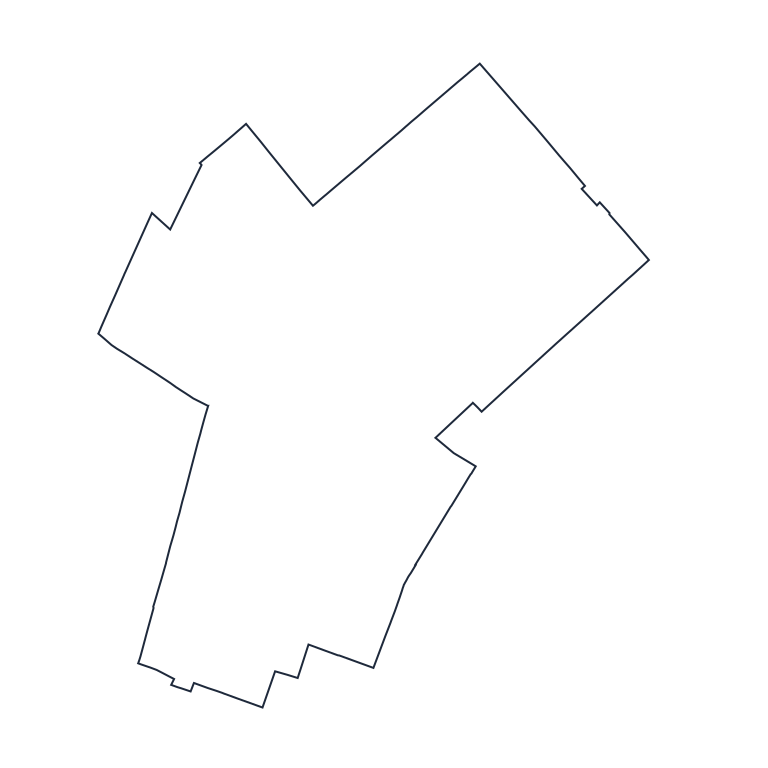 Bradeanu, Buzau, Romania (Albers equal-area conic projection), rotated 173°
{"feature_id": "2599482B91105412745830", "entity_name": "Bradeanu", "entity_type": "district", "adm_level": 2, "iso_a3": "ROU", "parent_name": "Romania", "parent_adm1": "Buzau", "projection": "albers", "projection_center": [26.862, 44.9], "detail": "fine", "context": "isolated", "style": "outline", "palette": "slate", "viewbox_px": 768, "rotation_deg": 173, "n_neighbors": 0, "source": "geoboundaries", "source_scale": "gbopen_adm2", "svg_char_len": 2873}
<svg xmlns="http://www.w3.org/2000/svg" viewBox="0 0 768 768"><g transform="rotate(173 384 384)"><path d="M539.9,625.8L539.2,624.9L538.4,623.6L538.6,623.3L547.0,610.4L577.4,563.4L593.5,582.0L599.0,573.0L625.9,528.6L626.8,527.1L628.2,524.9L629.0,523.4L629.5,522.6L640.1,504.7L646.7,493.8L650.6,487.1L657.7,475.1L660.9,469.5L661.4,468.8L660.0,467.3L656.4,463.4L651.5,457.9L650.6,456.9L649.6,455.8L644.7,451.5L638.1,446.3L630.4,439.8L624.8,435.2L617.2,428.9L610.9,423.8L607.4,420.8L605.8,419.4L603.0,417.0L596.2,411.2L590.8,406.2L589.8,405.4L586.4,402.5L582.4,399.2L575.4,393.2L574.9,392.8L561.3,383.7L561.2,383.7L564.8,375.6L568.1,367.7L571.2,360.1L572.3,357.2L575.9,348.7L580.9,336.0L584.2,327.7L594.5,301.6L598.5,292.0L600.5,286.8L602.7,281.0L606.2,272.8L608.2,267.5L611.4,259.5L613.3,255.1L616.0,248.9L622.1,233.3L622.2,232.7L625.2,225.7L628.8,217.2L633.2,207.1L638.2,195.5L640.2,191.0L640.0,189.9L640.4,188.8L649.2,167.4L651.7,161.2L652.5,159.1L652.9,158.2L653.1,157.7L654.5,154.2L656.6,149.0L659.0,143.1L660.5,139.8L660.9,139.0L661.1,138.6L661.7,137.4L661.8,137.0L662.0,136.7L659.5,135.4L652.3,131.9L650.6,131.1L644.5,127.9L639.8,124.7L633.0,120.0L628.3,116.8L631.9,111.3L625.8,108.2L622.6,106.8L613.4,102.4L609.1,110.4L595.9,103.7L587.6,99.8L581.7,96.9L581.3,96.6L566.8,89.2L544.0,77.7L527.1,112.1L515.3,107.1L505.5,102.7L504.7,104.4L504.2,105.5L501.8,110.6L490.7,134.6L475.7,126.9L462.8,120.3L461.5,120.0L429.1,103.5L413.3,133.8L406.7,146.1L405.7,148.1L401.0,157.0L399.5,160.0L397.9,163.2L397.8,163.5L394.7,169.7L391.3,176.8L390.2,179.3L389.3,181.0L388.8,182.2L388.1,183.1L387.5,184.0L385.9,186.1L383.7,189.3L382.4,190.9L380.4,193.1L374.6,200.5L375.0,200.7L366.8,210.9L366.1,211.9L332.8,254.1L332.0,254.8L327.4,260.6L322.8,266.4L316.7,274.1L314.2,277.3L311.4,280.9L309.2,283.6L309.1,283.8L308.2,284.4L307.1,285.9L306.6,286.5L305.6,287.8L305.1,288.4L303.6,290.3L303.0,291.1L305.0,292.7L308.2,295.2L323.2,306.9L339.5,324.3L298.3,354.3L298.1,354.5L295.9,351.8L294.4,349.9L294.0,349.4L290.5,344.6L266.6,361.7L218.8,395.6L207.5,403.6L163.4,434.4L163.0,434.7L128.6,458.9L123.7,462.2L106.0,474.8L107.2,476.7L113.1,485.5L126.2,505.3L139.7,524.9L139.3,526.2L142.5,530.7L147.7,538.0L150.9,535.3L164.0,553.6L160.4,556.1L166.3,565.2L173.2,576.0L178.5,583.8L180.9,587.4L181.7,588.6L182.0,589.0L191.8,604.2L203.0,621.3L203.5,622.0L208.0,628.3L214.4,637.7L232.4,664.4L249.9,690.3L260.2,683.7L264.4,680.9L274.5,674.4L293.8,661.6L300.3,657.3L306.8,653.0L309.8,651.0L318.7,645.0L324.9,641.0L329.1,638.1L331.1,636.8L335.7,633.6L355.2,620.8L368.2,612.2L381.5,603.2L396.6,593.4L402.4,589.6L414.1,581.9L418.6,578.9L419.9,578.1L425.1,574.7L430.1,571.3L432.8,569.6L443.6,586.2L450.7,597.5L460.9,613.8L469.9,628.2L475.3,637.0L476.4,638.8L484.6,651.7L489.2,659.0L504.4,648.7L512.5,643.4L520.7,638.1L523.5,636.3L531.7,631.1L539.9,625.8Z" fill="none" stroke="#1e293b" stroke-width="2"/></g></svg>